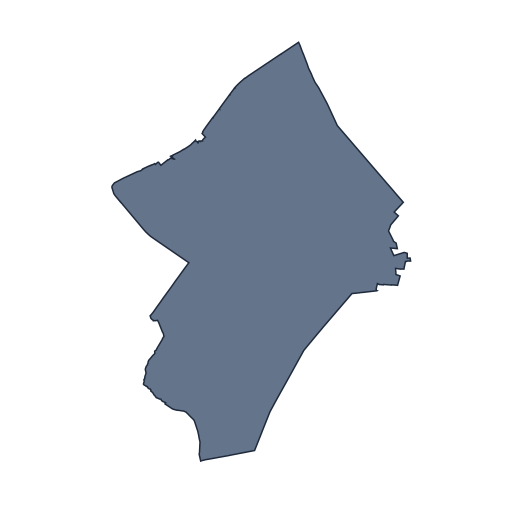 Heeze-Leende, Noord-Brabant, Netherlands (Albers equal-area conic projection), rotated 335°
{"feature_id": "6326949B20290330691137", "entity_name": "Heeze-Leende", "entity_type": "district", "adm_level": 2, "iso_a3": "NLD", "parent_name": "Netherlands", "parent_adm1": "Noord-Brabant", "projection": "albers", "projection_center": [5.542, 51.359], "detail": "fine", "context": "isolated", "style": "filled", "palette": "slate", "viewbox_px": 512, "rotation_deg": 335, "n_neighbors": 0, "source": "geoboundaries", "source_scale": "gbopen_adm2", "svg_char_len": 5777}
<svg xmlns="http://www.w3.org/2000/svg" viewBox="0 0 512 512"><g transform="rotate(335 256 256)"><path d="M153.9,141.9L155.9,149.6L156.0,149.5L165.4,184.7L165.8,185.9L166.1,187.1L166.5,188.2L167.0,189.4L167.4,190.5L167.9,191.6L168.4,192.8L168.9,193.9L169.5,194.9L170.1,196.0L192.3,233.7L187.3,236.4L185.1,237.6L180.8,240.0L176.5,242.4L172.1,244.8L165.7,248.5L154.8,254.5L148.4,258.2L146.2,259.4L144.1,260.6L139.8,263.1L138.7,263.7L137.6,264.2L136.4,264.8L134.7,265.5L134.7,266.0L134.4,268.0L134.8,269.3L134.9,269.6L135.5,270.4L135.6,270.6L135.6,270.8L135.5,271.0L135.5,271.3L136.6,271.7L137.2,272.0L137.9,272.3L139.2,272.5L139.4,272.6L139.6,272.8L139.6,273.1L139.7,275.1L139.1,285.3L139.2,286.0L139.3,287.1L139.0,288.1L138.7,289.7L138.5,290.1L138.4,290.2L137.9,290.3L137.4,290.7L136.6,291.1L136.1,291.7L135.2,292.4L127.6,297.6L127.1,298.0L126.7,298.3L126.4,298.7L126.2,298.9L126.0,299.0L125.6,299.1L125.0,299.1L124.4,299.3L124.0,299.5L123.9,299.7L123.8,299.8L123.7,300.0L123.2,301.5L122.4,301.9L120.8,302.4L120.1,302.7L119.7,302.9L118.8,303.3L118.5,303.5L116.0,304.6L115.4,304.8L114.9,305.1L114.6,305.3L114.1,305.7L113.6,306.2L113.4,306.5L112.8,307.5L112.6,307.8L112.2,308.0L111.9,308.2L111.8,308.4L111.4,308.8L110.9,309.2L110.7,309.3L110.3,309.4L110.1,309.5L109.8,309.7L109.3,310.2L109.2,310.3L108.8,310.7L108.0,311.6L107.9,311.8L107.7,312.1L107.5,313.0L106.9,315.5L106.7,315.8L106.3,316.3L105.1,317.5L104.7,317.9L104.4,318.3L104.2,318.6L103.8,319.2L103.6,319.5L103.3,320.1L103.2,320.3L102.7,320.3L102.3,320.5L102.2,320.6L102.0,321.2L101.8,321.9L101.6,322.4L101.5,322.6L101.2,323.0L100.7,323.5L100.5,323.8L100.2,324.1L100.0,324.3L99.9,324.4L99.8,324.6L100.0,325.4L100.2,325.8L100.6,326.3L101.0,326.8L101.5,327.9L101.6,328.0L101.9,328.0L102.0,328.0L102.3,328.6L102.3,329.4L102.5,330.4L102.5,330.5L102.9,331.0L103.2,331.4L103.4,331.5L103.7,331.8L103.9,331.9L103.9,332.0L104.0,332.3L104.1,332.8L104.1,333.1L104.0,333.4L103.6,333.7L103.6,333.8L103.6,334.0L103.7,334.3L104.0,334.8L104.2,335.1L104.6,336.4L104.8,337.0L104.8,337.4L104.8,338.5L105.3,339.9L105.6,341.6L105.6,341.8L105.7,342.1L105.8,342.3L106.0,342.5L106.7,343.2L107.9,344.6L108.0,344.7L108.4,345.1L108.9,345.2L109.0,345.3L109.3,345.6L109.3,345.8L109.3,346.2L109.3,346.9L109.3,347.1L109.4,347.3L110.2,348.7L110.6,349.1L110.9,349.3L111.6,350.2L112.1,350.7L112.2,350.9L112.2,351.0L111.9,351.1L111.1,351.4L111.0,351.6L111.2,352.0L111.4,352.3L111.8,352.9L113.5,355.7L114.0,356.5L114.3,357.0L114.8,357.9L115.4,358.9L115.7,359.2L115.9,359.5L116.1,359.8L116.6,360.2L117.8,361.2L118.4,361.8L118.7,362.0L119.3,362.4L120.7,363.2L121.9,364.0L123.4,365.1L124.2,365.5L124.8,365.9L125.2,366.3L126.3,367.6L126.5,367.7L126.7,368.1L127.3,369.9L127.4,370.0L128.0,371.8L128.3,372.7L129.2,375.2L129.4,375.7L129.6,376.2L130.0,377.2L130.1,377.6L130.2,378.0L130.4,378.6L130.4,379.2L130.4,379.9L129.7,385.8L129.4,388.2L129.4,388.4L129.2,390.0L128.3,394.1L127.4,397.4L127.0,399.2L126.7,400.6L126.4,401.4L126.0,402.1L121.9,409.9L121.5,410.5L120.7,411.7L120.6,412.1L119.2,418.5L119.8,418.5L123.8,419.2L125.3,419.6L130.8,421.1L137.0,422.7L144.1,424.6L146.7,425.3L148.6,425.7L172.5,431.7L184.6,420.3L189.3,415.8L202.8,403.1L213.2,395.4L226.0,386.1L229.9,383.3L259.4,361.8L264.6,359.3L277.5,353.2L282.7,350.8L286.7,348.9L327.1,330.6L334.3,333.1L335.2,333.3L336.7,333.9L350.8,338.6L351.0,338.6L350.9,338.5L350.8,338.3L350.7,338.1L350.7,337.8L350.7,337.5L350.8,337.2L350.9,336.8L351.4,336.1L351.5,335.9L354.4,332.3L355.2,333.5L355.4,333.7L355.9,334.1L359.3,336.0L359.6,335.7L366.7,339.7L366.9,339.5L371.9,342.4L378.2,335.0L375.0,331.9L375.8,330.1L376.1,329.4L376.2,328.9L376.6,327.8L376.9,327.2L377.3,326.2L379.8,327.9L381.1,328.8L383.7,329.9L384.0,330.1L384.5,330.4L389.1,324.2L389.3,324.4L389.6,324.5L389.8,324.5L390.4,324.5L390.8,324.5L391.1,324.6L391.4,324.7L391.7,324.8L392.3,325.1L392.6,325.3L394.0,325.9L394.8,323.0L392.2,321.9L394.0,317.9L394.2,317.5L391.9,315.4L381.1,313.9L381.2,305.6L385.5,308.0L385.4,308.1L387.2,309.1L387.5,307.7L388.0,305.5L388.5,303.6L386.8,300.8L387.0,300.1L386.7,289.3L389.5,286.6L391.3,284.7L402.0,279.8L399.8,274.6L412.2,269.6L410.7,264.3L409.3,259.5L406.8,250.4L406.1,248.0L405.5,246.0L405.0,244.2L404.9,243.8L384.8,172.2L384.9,155.9L384.9,155.1L384.9,147.9L383.9,129.8L382.9,123.5L382.9,117.7L383.0,116.1L383.1,114.1L383.1,112.5L383.0,108.9L383.0,107.7L383.1,107.1L383.5,103.6L384.2,94.1L384.3,92.0L384.3,91.1L384.4,89.3L384.8,85.0L384.9,83.2L384.9,80.3L364.2,83.5L364.0,83.8L363.8,83.8L363.6,83.5L327.0,89.2L325.5,89.4L321.4,90.3L321.3,90.1L319.8,90.4L318.6,90.8L316.2,91.5L313.9,92.2L311.6,93.0L309.3,93.9L307.4,94.7L307.7,95.0L307.1,95.1L306.0,95.6L304.9,96.1L303.8,96.7L302.7,97.3L300.1,98.7L300.5,98.9L300.3,99.1L299.8,98.9L285.2,106.9L285.1,107.3L285.0,107.1L275.9,112.1L275.8,112.4L275.6,112.6L275.4,112.2L269.2,115.6L266.5,117.1L264.5,118.2L264.5,118.3L262.1,119.6L260.2,120.9L260.2,121.3L258.9,122.2L260.4,126.9L258.9,127.3L257.2,128.0L256.1,128.9L256.1,129.0L255.0,128.6L254.8,128.7L254.1,128.2L253.8,128.6L253.0,127.7L251.9,127.8L251.6,128.7L251.6,128.9L251.2,129.0L251.0,128.2L250.9,127.4L250.8,127.2L250.7,127.1L250.2,126.7L250.0,126.4L249.8,126.3L250.1,126.0L250.2,125.4L249.1,125.8L247.2,126.5L245.4,127.0L244.6,127.4L243.2,127.8L239.6,128.4L235.6,128.9L235.5,128.7L233.8,128.9L231.9,129.2L230.7,129.3L223.3,129.4L223.0,129.7L222.5,130.1L222.0,129.5L220.8,129.5L221.3,130.4L221.5,131.1L221.7,131.4L222.0,131.8L223.0,133.7L222.7,133.7L220.1,131.2L218.1,131.7L216.5,131.8L216.5,131.6L208.1,133.6L207.3,129.8L206.8,129.7L206.4,129.6L203.5,130.5L203.3,129.5L199.1,129.5L199.2,129.3L195.9,129.2L190.5,129.2L190.6,129.4L189.8,129.4L188.2,129.9L187.5,130.0L184.1,129.4L168.6,129.4L158.6,129.9L155.3,131.6L154.4,132.9L153.5,139.5L153.9,141.9Z" fill="#64748b" stroke="#1e293b" stroke-width="1.5"/></g></svg>